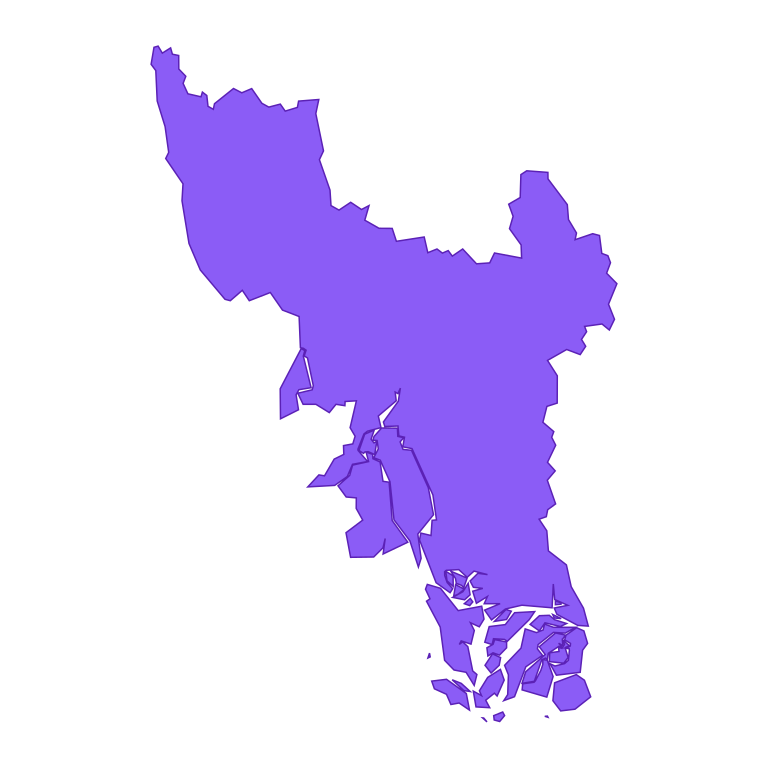 Mrauk-U, Rakhine, Myanmar (Mercator projection)
{"feature_id": "60261553B1263911264167", "entity_name": "Mrauk-U", "entity_type": "district", "adm_level": 2, "iso_a3": "MMR", "parent_name": "Myanmar", "parent_adm1": "Rakhine", "projection": "mercator", "projection_center": [93.425, 20.429], "detail": "fine", "context": "isolated", "style": "filled", "palette": "violet", "viewbox_px": 768, "rotation_deg": 0, "n_neighbors": 0, "source": "geoboundaries", "source_scale": "gbopen_adm2", "svg_char_len": 6118}
<svg xmlns="http://www.w3.org/2000/svg" viewBox="0 0 768 768"><path d="M158.1,46.1L154.0,47.3L151.1,64.3L155.8,70.6L157.2,101.0L165.1,126.6L168.7,152.4L165.7,158.5L183.0,183.8L182.0,200.8L189.0,243.5L200.3,270.0L225.0,299.3L230.3,300.7L242.3,290.3L249.3,300.7L270.3,292.5L282.5,310.1L299.1,316.5L300.4,347.7L303.4,348.3L306.1,350.2L304.2,355.9L307.5,358.0L313.3,385.7L312.2,389.8L297.8,393.2L303.1,404.3L315.9,404.3L329.3,412.6L336.0,404.3L344.9,405.7L345.1,401.5L356.4,400.8L350.1,427.7L355.1,436.2L352.8,443.9L343.5,445.6L343.8,454.4L334.2,459.1L324.5,475.8L318.9,474.9L307.8,486.9L334.7,485.4L347.3,476.5L352.5,464.3L367.6,461.5L358.1,450.5L357.9,449.2L363.9,434.0L367.4,431.2L381.0,427.6L378.3,416.0L396.2,400.8L395.2,392.1L397.9,393.6L400.4,388.1L398.3,401.2L383.4,422.0L384.8,426.5L398.0,426.0L398.9,435.9L404.5,437.2L402.8,446.8L412.0,448.6L432.9,494.9L436.5,519.9L432.1,520.3L431.0,535.5L420.9,533.1L419.5,539.9L436.1,582.7L450.1,592.7L452.7,588.7L447.2,582.6L444.7,575.5L444.6,571.7L446.3,570.3L458.8,569.6L467.2,577.3L474.0,571.1L487.5,574.6L477.9,573.3L470.1,581.0L473.4,587.3L482.8,588.4L472.7,591.2L476.4,603.3L487.4,596.5L484.2,603.7L500.1,603.7L484.6,610.1L491.5,619.9L505.4,609.0L521.9,605.2L552.1,607.8L553.3,584.0L554.7,599.5L567.8,605.3L554.2,608.0L556.9,614.3L577.8,625.4L588.3,626.1L583.5,608.2L571.2,586.7L566.4,564.9L548.4,550.9L546.8,530.8L539.1,519.2L546.3,516.7L547.7,509.7L555.6,503.9L547.3,480.2L555.2,470.9L547.5,462.3L555.7,445.2L551.7,437.3L553.8,431.6L542.9,422.3L546.9,406.4L557.2,403.1L557.3,375.8L547.5,360.4L566.7,349.5L580.2,354.6L585.7,346.3L581.5,339.4L586.6,331.7L584.6,326.4L602.0,324.0L609.3,330.0L614.5,319.3L608.5,304.2L616.9,283.7L606.6,273.2L610.5,262.7L607.9,255.7L601.8,253.4L599.5,235.5L592.7,233.7L575.1,239.7L576.5,233.0L568.5,219.6L567.3,204.6L548.0,178.9L547.9,172.4L526.7,170.8L520.9,174.6L520.2,197.5L508.7,204.2L513.1,216.3L509.5,228.7L521.1,244.9L521.6,258.1L494.5,253.0L489.7,262.9L476.5,263.8L462.7,249.0L452.3,256.1L448.2,250.6L442.4,253.1L437.0,249.0L427.8,252.7L424.2,237.0L396.4,241.3L392.2,228.4L379.0,228.3L364.8,220.2L369.0,205.6L361.5,209.5L350.7,202.3L339.0,210.1L331.0,205.6L330.0,190.1L319.4,159.7L323.5,150.9L315.8,113.6L318.8,99.5L298.6,101.1L297.4,107.4L285.2,111.1L280.3,104.1L268.8,107.1L261.9,103.3L251.7,88.6L241.8,92.8L233.5,88.5L214.5,103.7L213.3,109.3L208.0,106.3L206.8,95.5L202.4,92.1L201.0,96.8L187.9,93.8L183.1,83.4L185.8,76.3L178.8,69.0L178.7,55.5L172.4,54.2L170.6,47.9L162.3,53.1L158.1,46.1ZM383.0,481.3L380.1,462.0L372.9,458.7L372.6,454.3L366.1,452.1L368.6,461.6L352.6,465.1L349.7,475.4L338.0,485.8L346.2,497.0L356.3,497.9L356.2,508.4L362.7,520.1L346.0,532.7L350.6,557.3L373.7,557.0L383.0,547.8L385.2,538.5L383.1,554.0L407.8,542.2L392.2,520.6L389.1,482.2L383.0,481.3ZM397.4,428.2L381.6,428.0L374.0,436.5L373.0,440.2L377.1,440.5L378.3,448.9L373.8,457.7L380.3,460.2L390.0,481.8L394.0,519.8L409.9,540.9L418.4,567.0L421.1,558.3L417.8,534.1L433.5,514.7L428.3,487.7L411.5,450.3L403.0,449.4L400.1,441.9L403.7,437.7L397.8,436.4L397.4,428.2ZM458.2,610.6L440.5,588.3L427.3,584.4L425.5,589.2L430.0,598.8L426.5,601.2L440.2,627.0L444.6,660.3L454.0,670.0L466.1,672.3L474.2,685.4L476.9,674.5L472.7,670.9L467.8,646.6L462.7,641.9L459.3,644.4L461.2,640.9L471.0,644.1L474.3,630.5L470.4,622.7L479.3,626.8L484.0,619.1L481.7,606.2L458.2,610.6ZM553.4,627.3L544.6,624.1L543.1,630.0L536.5,632.6L525.2,628.9L521.0,648.1L504.6,665.3L508.4,674.8L507.7,694.6L503.8,700.6L514.5,696.7L525.8,666.8L542.5,655.3L537.4,648.9L538.1,644.6L553.4,632.4L565.3,633.1L575.4,627.3L553.4,627.3ZM311.1,387.7L303.3,356.1L304.8,350.6L301.2,348.6L280.2,388.8L280.5,418.8L298.5,409.8L296.1,394.8L298.9,389.7L311.1,387.7ZM576.3,674.6L554.6,682.8L552.9,700.7L560.7,710.9L575.0,709.2L590.7,696.8L584.4,680.2L576.3,674.6ZM583.9,630.9L576.6,627.7L566.0,635.2L564.7,639.9L570.5,643.4L570.3,646.0L566.1,648.3L569.1,648.7L569.4,650.2L568.4,660.3L564.6,663.6L555.0,666.0L550.0,663.7L556.4,675.2L580.2,672.3L582.6,650.2L587.6,643.4L583.9,630.9ZM507.3,641.3L529.2,619.7L534.7,611.6L514.6,612.7L505.3,624.6L489.2,626.6L484.8,642.2L492.1,644.6L493.5,638.7L504.4,639.4L507.3,641.3ZM553.1,676.5L547.3,660.3L542.8,659.5L542.8,664.5L540.8,670.5L535.4,680.8L534.0,682.3L522.7,683.8L522.1,689.9L546.8,697.1L553.1,676.5ZM497.1,696.0L504.2,680.1L500.4,669.4L487.7,677.4L479.4,690.8L481.5,695.6L473.3,691.1L476.0,706.9L489.7,707.7L485.7,700.2L494.4,693.2L497.1,696.0ZM562.9,645.6L562.3,639.6L565.4,635.1L555.6,633.0L539.3,646.7L545.2,654.5L525.7,671.8L522.0,683.3L534.3,681.3L541.8,659.7L545.6,658.1L547.3,659.5L548.3,653.3L558.9,646.3L562.3,647.4L558.6,643.2L562.9,645.6ZM446.5,679.3L431.7,681.1L434.4,688.8L446.5,694.3L450.9,704.5L459.1,703.0L469.5,710.1L466.3,693.5L446.5,679.3ZM554.5,619.7L549.3,615.3L539.4,615.7L530.1,624.4L539.3,630.9L545.0,622.8L560.4,626.5L566.6,623.5L554.5,619.7ZM374.0,442.9L371.1,439.2L374.2,430.1L364.7,434.2L359.0,450.5L363.5,453.4L364.7,452.1L368.1,451.6L374.7,454.5L376.8,441.4L374.0,442.9ZM569.3,645.6L563.1,640.2L564.5,644.5L562.0,648.4L558.6,647.4L559.0,651.5L549.7,652.8L549.4,661.6L563.7,663.2L568.1,657.5L565.1,647.6L569.3,645.6ZM494.7,639.6L493.1,644.3L486.9,647.8L487.9,656.0L493.0,652.8L499.5,655.1L506.6,647.8L506.6,642.0L494.7,639.6ZM499.2,665.3L500.6,657.6L492.5,653.9L485.0,665.3L491.1,673.0L499.2,665.3ZM464.6,599.8L470.1,594.8L468.2,583.3L462.9,591.7L452.7,597.4L464.6,599.8ZM467.1,578.1L450.8,571.2L455.5,578.5L456.3,583.3L461.4,585.3L463.8,587.5L467.1,578.1ZM494.4,621.4L506.5,619.5L511.3,611.2L506.0,609.5L494.4,621.4ZM453.2,586.4L453.1,575.8L445.8,571.3L447.0,580.8L453.2,586.4ZM499.7,721.5L504.6,715.6L502.7,712.0L493.7,715.6L494.2,720.0L499.7,721.5ZM453.7,596.1L458.1,594.2L464.3,589.3L455.6,584.6L453.7,596.1ZM470.2,691.5L461.3,683.4L452.2,679.8L463.9,690.6L470.2,691.5ZM469.7,605.6L472.8,601.9L470.3,598.4L464.3,603.7L469.7,605.6ZM555.4,604.7L561.0,604.2L561.2,602.9L555.4,601.0L555.4,604.7ZM561.2,618.6L552.7,614.5L554.3,618.0L561.2,618.6ZM427.9,658.0L430.2,656.9L429.5,653.1L427.9,658.0ZM487.0,721.9L483.7,718.0L482.6,717.9L487.0,721.9ZM544.8,716.3L548.0,717.3L547.4,716.1L544.8,716.3Z" fill="#8b5cf6" stroke="#5b21b6" stroke-width="1.5"/></svg>